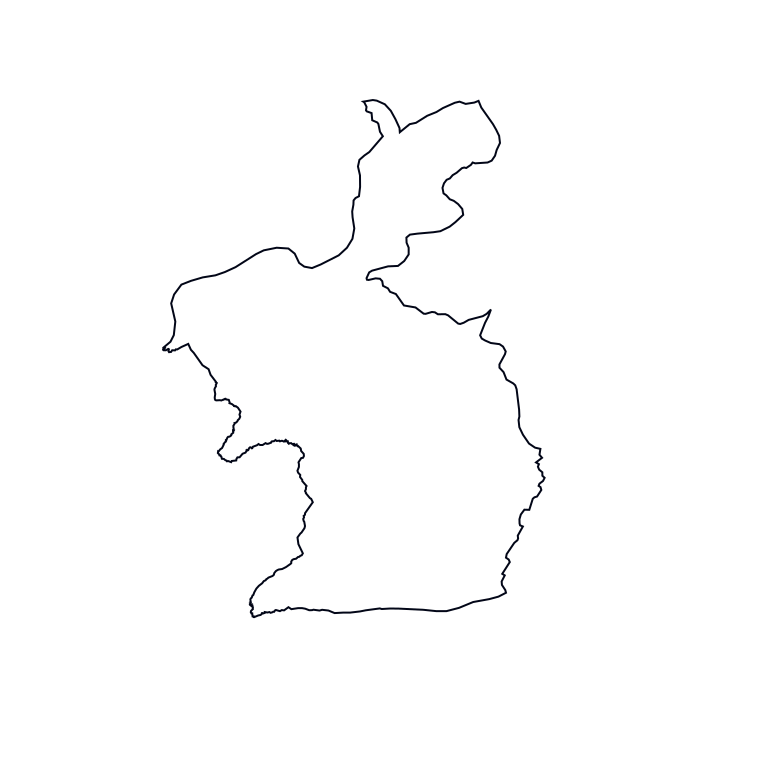 the district of Kasangulu, Bas-Congo, Democratic Republic of the Congo, rotated 234°
{"feature_id": "63176286B98008703469616", "entity_name": "Kasangulu", "entity_type": "district", "adm_level": 2, "iso_a3": "COD", "parent_name": "Democratic Republic of the Congo", "parent_adm1": "Bas-Congo", "projection": "equal_earth", "projection_center": [15.357, -4.804], "detail": "fine", "context": "isolated", "style": "outline", "palette": "ink", "viewbox_px": 768, "rotation_deg": 234, "n_neighbors": 0, "source": "geoboundaries", "source_scale": "gbopen_adm2", "svg_char_len": 6166}
<svg xmlns="http://www.w3.org/2000/svg" viewBox="0 0 768 768"><g transform="rotate(234 384 384)"><path d="M624.6,533.2L623.5,533.6L618.5,532.8L616.0,530.3L614.7,530.3L610.5,533.2L604.3,529.5L599.5,532.3L597.7,532.3L590.4,529.0L585.1,528.7L580.3,508.5L580.4,502.5L579.8,495.9L575.3,490.8L566.9,487.2L557.5,480.5L550.6,474.1L551.2,470.3L550.4,467.3L547.0,464.6L542.3,459.7L537.4,456.6L527.3,451.4L520.0,443.8L516.0,434.1L514.7,423.0L517.9,403.0L520.1,393.9L525.8,388.5L531.8,386.5L541.9,388.4L549.8,386.3L557.3,377.3L562.8,365.3L564.3,356.8L565.8,332.6L568.1,321.1L571.0,311.5L576.8,300.0L580.9,288.5L583.5,278.5L579.8,266.8L574.3,259.2L557.2,251.9L547.1,242.7L543.7,236.1L543.1,227.3L542.5,227.6L542.3,228.2L542.0,228.2L541.8,227.4L542.2,226.1L541.6,225.4L540.9,225.5L539.5,227.3L539.2,230.1L538.8,230.4L538.4,230.3L537.2,228.9L536.1,228.8L535.1,230.6L535.8,232.5L534.0,234.7L534.4,235.9L533.5,237.0L533.0,241.9L531.5,249.2L525.2,247.9L521.0,248.4L505.8,248.2L499.1,250.8L493.4,249.1L484.6,249.3L484.3,248.9L483.1,249.3L482.1,247.3L481.0,246.8L479.9,244.4L479.1,243.5L475.1,241.6L472.7,239.2L471.2,238.3L470.2,238.1L469.4,238.6L467.3,241.8L466.3,242.7L465.9,244.5L465.5,245.0L465.7,245.5L465.4,246.9L465.1,247.2L464.4,247.1L462.4,249.1L459.8,248.3L459.3,247.7L457.3,249.1L454.7,249.9L454.3,249.7L453.2,250.7L453.2,251.1L450.7,251.9L446.0,251.7L444.2,249.1L442.0,248.4L440.9,246.4L440.7,244.5L440.3,244.1L439.7,242.0L440.2,240.3L439.9,240.3L438.7,237.5L437.3,236.7L437.0,236.0L437.0,236.3L435.9,236.0L435.7,235.2L435.3,235.1L435.4,234.7L434.8,234.3L434.5,234.8L434.1,234.0L433.2,233.4L433.0,230.8L432.3,230.3L432.1,229.2L432.3,227.9L432.9,226.8L432.7,225.8L431.7,224.2L431.7,223.2L431.2,222.8L430.8,222.9L430.3,221.9L430.4,221.1L429.7,218.9L429.2,218.8L427.4,215.4L427.4,213.1L426.6,210.2L426.9,210.1L425.8,209.0L423.9,209.3L423.2,209.0L423.0,209.5L422.2,209.8L421.7,209.4L420.8,209.7L418.8,208.9L417.5,210.4L415.5,210.9L414.6,211.6L413.8,211.5L413.2,212.7L410.6,214.4L411.2,215.6L409.0,219.5L410.1,220.6L410.8,222.3L409.6,224.1L410.7,228.6L409.9,231.6L410.9,234.0L411.3,234.0L411.3,234.4L410.4,234.7L410.3,235.3L411.4,237.2L411.5,238.5L410.8,239.1L409.6,239.3L409.5,239.7L410.3,241.1L409.1,245.3L409.2,247.2L407.6,247.8L406.0,249.9L405.8,253.4L404.3,254.2L403.7,255.3L402.9,258.2L403.5,259.0L403.5,259.5L402.4,261.4L402.5,263.3L401.0,263.7L399.7,266.0L398.8,266.1L398.2,267.8L397.7,268.4L396.2,269.2L396.6,271.7L395.5,271.9L395.0,271.2L394.1,272.5L392.8,271.7L391.6,271.9L391.7,272.7L390.6,274.2L389.9,274.2L388.9,275.0L388.5,276.1L387.1,276.4L386.9,276.1L387.5,275.4L387.4,275.0L386.4,275.6L386.4,277.8L385.2,277.4L384.4,277.6L384.4,278.0L380.8,278.7L378.4,277.6L374.7,278.0L372.8,276.9L371.9,275.1L372.7,273.5L370.9,268.8L369.2,268.1L366.9,266.4L364.7,263.0L362.8,262.4L359.7,262.8L358.1,261.4L354.5,261.5L353.4,260.8L347.0,261.4L346.4,260.2L344.8,259.0L343.8,257.2L341.7,256.9L341.5,256.6L335.2,257.0L333.9,257.6L330.2,256.9L325.9,244.2L324.8,243.3L324.5,242.5L324.5,241.5L323.1,240.9L322.3,239.3L320.4,238.5L319.4,238.5L315.5,236.6L314.1,234.9L312.3,229.9L312.2,228.4L310.7,223.8L304.7,220.6L294.7,218.8L293.8,216.8L294.2,215.3L294.0,214.0L294.6,212.6L294.3,210.3L295.4,207.9L295.6,206.4L294.9,204.6L293.6,203.7L293.4,202.8L293.5,197.0L294.2,192.8L295.8,189.8L296.1,188.4L296.2,186.5L295.5,184.0L294.4,182.8L294.2,181.0L295.3,176.7L295.1,175.1L295.3,174.1L294.8,172.9L295.2,170.9L294.4,168.3L294.3,164.2L293.5,160.5L291.7,156.6L290.1,154.2L290.2,153.3L288.9,151.4L288.8,150.1L288.3,149.3L286.1,148.1L286.1,147.7L285.6,147.9L285.0,147.1L284.9,146.2L284.4,145.8L284.1,145.8L283.4,147.2L283.0,146.5L282.3,147.1L282.1,146.3L280.5,146.8L279.7,145.9L279.0,145.7L278.6,143.1L277.7,142.1L276.3,141.9L275.9,142.6L273.3,141.1L272.6,142.0L272.0,141.6L271.7,141.9L270.7,146.1L269.7,148.4L269.8,149.9L270.4,150.5L270.0,151.2L269.4,151.4L268.9,153.0L269.6,153.5L267.7,155.3L266.8,157.3L265.6,157.7L264.9,159.6L264.9,160.6L264.3,161.2L264.9,163.0L264.7,163.7L261.4,166.3L261.2,168.4L259.6,170.1L259.6,175.5L256.3,176.7L253.2,182.7L250.8,186.0L248.5,188.2L245.0,190.5L243.3,192.9L242.9,194.2L238.6,198.7L237.7,201.2L233.4,205.9L227.7,209.4L222.8,217.0L219.1,222.0L214.1,230.9L211.6,236.3L204.9,248.7L203.3,249.9L199.0,256.6L194.1,263.3L178.3,283.0L169.6,292.7L163.5,301.1L158.8,313.1L155.2,328.0L148.1,342.7L144.7,351.6L143.4,360.0L146.0,361.0L152.1,361.3L155.1,363.1L158.2,369.2L160.9,368.1L166.0,381.1L168.7,381.7L171.8,380.6L174.3,383.3L178.9,396.0L179.2,400.2L180.2,401.7L182.7,403.1L187.1,412.6L189.7,411.0L191.5,411.7L195.0,414.1L198.0,418.0L199.8,423.7L196.8,427.6L203.7,436.9L203.9,439.1L203.0,441.7L205.8,449.0L208.6,450.0L210.7,449.2L212.0,451.2L212.1,455.7L213.7,458.8L216.7,458.2L219.5,460.2L223.5,459.2L226.6,459.9L228.1,462.2L231.2,460.9L231.4,468.5L235.4,468.2L239.6,472.4L243.7,468.8L250.6,466.3L261.3,466.6L269.5,468.1L275.8,471.7L278.1,474.4L283.8,478.2L301.8,488.2L305.8,489.4L308.5,488.9L315.6,485.7L323.3,487.7L329.3,487.0L332.0,488.9L337.0,499.4L338.8,501.6L344.3,502.3L348.3,500.9L354.4,494.5L359.7,491.4L363.3,489.8L366.9,490.4L374.1,501.7L377.3,508.1L381.4,514.3L380.4,508.3L380.8,503.8L386.1,490.2L386.7,484.5L387.8,480.9L389.3,479.5L401.9,476.2L404.5,474.6L408.7,468.6L412.1,467.3L414.1,465.1L416.3,458.9L417.6,457.4L427.4,454.5L435.8,446.3L449.8,446.5L455.0,443.1L459.1,443.4L464.0,440.9L468.2,443.0L471.5,442.6L474.4,439.3L477.2,432.7L478.4,431.5L479.9,432.1L483.0,437.6L482.7,441.0L476.8,456.4L471.3,464.7L471.6,472.6L474.3,480.1L479.8,484.1L485.0,485.3L489.3,488.2L489.6,492.8L485.9,499.6L477.8,513.1L474.5,519.4L472.7,529.6L473.0,537.0L474.3,547.5L479.6,550.2L486.0,549.7L491.2,548.1L494.8,545.8L500.0,545.3L503.2,544.2L508.3,546.6L511.1,550.5L512.4,554.7L511.6,558.1L512.6,562.3L512.2,566.9L512.8,573.9L512.0,576.1L510.4,577.5L510.2,583.1L511.1,585.9L508.9,587.5L502.3,598.0L501.4,602.4L503.4,608.0L507.1,612.7L510.8,619.5L517.1,623.0L523.8,624.2L530.2,624.9L550.5,625.2L557.5,626.9L558.6,622.5L562.6,614.7L568.0,611.1L569.9,606.6L572.6,593.9L573.2,586.3L575.6,576.6L576.5,563.4L579.1,557.5L578.4,544.8L582.0,547.0L591.5,548.9L601.0,550.1L609.8,549.1L617.5,544.7L620.3,541.9L624.6,533.2Z" fill="none" stroke="#020617" stroke-width="2"/></g></svg>